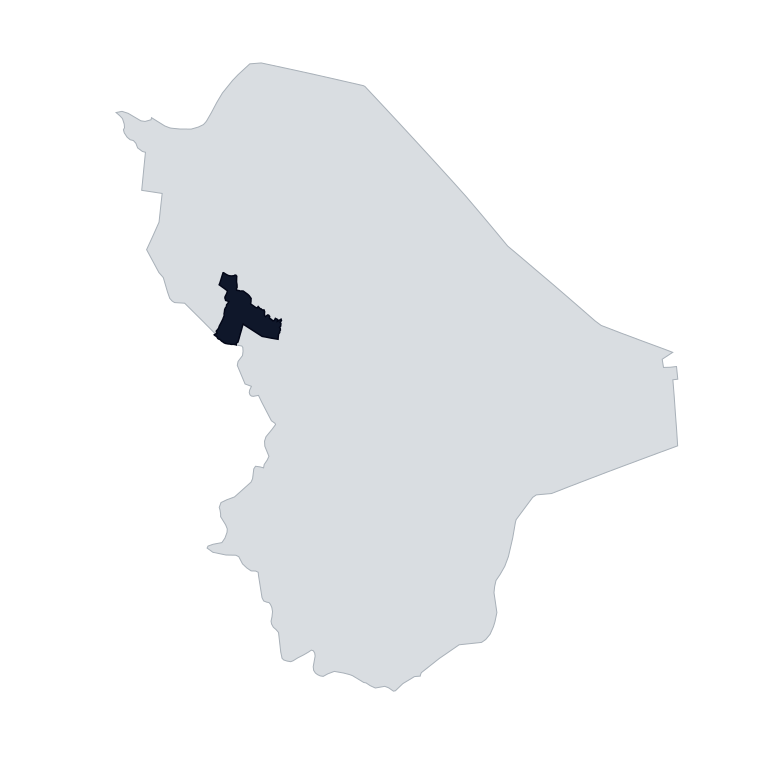 Al-Kut, Wasit, Iraq (highlighted), rotated 187°
{"feature_id": "34846034B69182583813986", "entity_name": "Al-Kut", "entity_type": "district", "adm_level": 2, "iso_a3": "IRQ", "parent_name": "Iraq", "parent_adm1": "Wasit", "projection": "orthographic", "projection_center": [46.232, 32.471], "detail": "fine", "context": "in_parent", "style": "filled", "palette": "ink", "viewbox_px": 768, "rotation_deg": 187, "n_neighbors": 0, "source": "geoboundaries", "source_scale": "gbopen_adm2", "svg_char_len": 5993}
<svg xmlns="http://www.w3.org/2000/svg" viewBox="0 0 768 768"><g transform="rotate(187 384 384)"><path d="M312.4,98.5L318.1,97.3L328.8,88.9L335.3,80.9L337.2,80.3L342.6,83.1L346.4,84.0L355.6,81.2L360.9,82.9L365.3,85.1L367.8,85.3L379.8,90.7L382.8,91.4L389.0,92.2L398.3,92.7L404.4,89.5L408.7,86.4L411.7,86.5L414.5,87.4L416.9,88.8L418.9,91.2L419.8,94.7L419.2,105.6L420.0,108.5L421.6,110.6L423.7,111.0L426.3,108.7L430.8,105.3L436.3,101.6L440.5,98.2L442.8,97.0L446.5,97.2L450.0,97.9L452.0,99.6L452.0,100.1L453.8,105.3L458.4,124.5L461.1,127.0L464.2,129.1L466.3,132.0L467.2,134.8L466.8,139.3L466.9,144.5L468.1,148.5L469.9,151.5L471.5,153.0L474.0,153.2L477.0,154.0L479.0,157.0L485.3,178.9L485.9,181.8L488.6,182.7L493.1,182.3L497.6,184.6L502.5,188.2L507.1,194.9L510.2,196.0L520.0,195.0L533.3,196.1L539.6,199.6L538.9,201.7L534.1,204.1L525.6,206.8L523.1,211.6L521.7,217.7L521.9,221.1L524.0,224.9L530.0,232.4L530.3,235.1L531.4,238.9L532.5,241.5L531.3,246.5L525.8,250.0L518.6,253.7L504.0,270.4L502.9,274.0L502.9,283.9L501.5,286.7L496.9,286.6L493.3,286.1L493.1,289.5L490.7,294.2L489.4,298.2L494.7,307.7L495.6,312.7L494.7,317.3L489.7,325.2L486.7,330.5L487.4,331.7L491.3,333.8L503.3,351.3L507.2,357.4L512.3,355.8L514.2,355.9L515.7,356.9L516.7,359.0L516.6,361.6L515.3,365.5L521.9,367.1L524.2,371.1L531.9,384.6L531.6,388.6L527.9,395.0L527.9,399.3L528.6,403.1L529.8,404.4L541.2,405.0L546.0,406.5L557.8,413.4L571.2,424.0L582.3,432.6L591.7,439.9L601.8,439.3L604.5,440.6L607.1,442.9L610.1,449.0L616.0,462.7L621.0,467.2L628.7,478.1L636.0,488.4L631.5,502.5L627.0,517.2L627.3,536.0L627.4,546.1L637.2,546.4L648.1,546.7L648.4,558.8L648.7,571.0L649.0,584.9L652.2,585.4L657.3,588.3L659.6,592.7L662.4,595.1L665.7,595.5L669.0,597.6L672.4,601.6L673.6,604.6L672.8,606.7L673.5,610.3L675.9,615.5L678.7,617.9L683.0,620.8L677.3,622.7L671.0,621.5L657.4,615.6L653.1,615.5L647.4,617.9L647.2,620.0L633.0,613.4L627.8,612.1L626.0,612.0L617.9,612.2L606.4,613.5L599.6,616.4L594.9,619.4L592.8,622.3L592.0,623.8L588.4,632.3L584.2,643.3L579.8,653.2L571.2,667.0L566.4,673.4L556.2,685.4L545.0,687.7L519.2,685.4L490.5,682.7L462.0,679.8L440.8,677.6L439.2,677.0L418.5,659.7L402.2,646.0L381.9,628.8L361.4,611.3L340.6,593.4L325.6,580.3L307.4,563.5L291.0,548.2L278.1,536.0L261.5,525.2L248.5,516.6L229.6,504.2L214.6,494.2L201.8,485.6L182.1,472.3L175.6,468.6L154.8,463.4L135.2,458.7L114.8,453.9L101.3,450.6L110.9,442.5L108.6,434.5L102.0,435.5L95.8,437.0L93.0,424.6L97.8,423.4L94.5,407.3L91.3,390.8L88.1,374.8L85.0,358.4L102.7,349.3L116.0,342.4L134.5,332.8L152.3,323.5L169.3,314.5L187.9,304.6L204.4,295.7L219.3,292.5L222.6,289.6L230.0,276.6L236.3,265.5L236.7,262.9L237.5,246.7L239.5,227.8L241.9,217.8L245.6,209.0L248.9,202.6L249.5,196.5L249.4,190.3L246.8,180.8L244.1,170.9L244.9,161.5L245.8,156.5L248.2,148.6L251.9,142.8L255.7,139.4L269.5,136.2L277.7,134.3L288.9,124.3L295.6,118.4L304.9,109.0L311.8,102.0L312.4,99.5L312.4,98.5Z" fill="#d9dde1" stroke="#a8b0b8" stroke-width="1"/><path d="M557.3,474.8L557.3,474.5L557.5,473.6L557.9,471.5L558.6,467.5L559.2,464.3L559.7,462.4L559.1,462.1L558.0,461.5L556.4,460.6L554.0,459.3L552.0,458.1L550.8,457.6L550.8,457.2L550.9,456.1L551.1,454.9L551.2,454.5L551.5,453.7L551.9,452.6L552.4,451.2L552.4,450.0L552.1,449.3L551.6,448.4L551.4,447.7L550.9,447.5L550.4,447.5L549.9,447.4L549.2,447.2L548.0,447.0L548.2,446.6L548.4,446.1L548.8,445.2L548.9,444.9L549.3,444.3L549.6,443.9L549.9,443.4L549.9,443.0L549.9,442.6L549.9,441.8L549.9,441.7L550.0,441.3L550.3,440.8L550.6,440.5L550.8,439.7L551.0,439.2L551.2,438.7L551.2,437.7L551.2,436.8L551.2,435.8L551.3,434.1L551.2,433.8L551.1,433.3L551.0,432.9L551.0,432.1L551.6,430.0L551.8,428.9L552.6,426.6L553.1,425.2L553.8,423.3L554.3,422.1L554.6,421.1L554.8,419.9L554.9,419.4L555.1,419.0L555.6,418.1L556.4,416.8L556.8,416.4L556.8,415.9L556.8,415.3L556.7,415.2L556.4,415.0L556.1,414.8L556.0,414.6L555.8,414.4L555.9,414.1L556.0,414.0L556.2,413.8L556.5,413.6L557.0,413.3L557.6,412.8L557.7,412.7L558.1,412.5L558.5,412.1L558.0,411.8L557.6,411.5L557.2,411.3L556.7,411.1L555.9,410.6L555.5,410.3L555.0,409.6L554.7,409.1L554.0,408.6L553.1,408.3L552.5,408.2L552.2,408.2L551.8,407.9L551.5,407.7L550.9,407.1L550.3,406.7L549.0,406.1L547.8,405.4L546.8,405.1L545.9,404.9L545.1,404.9L544.1,404.8L543.1,404.8L542.4,404.9L541.3,404.8L540.5,404.7L539.3,404.9L538.7,404.9L537.9,405.1L536.9,405.0L536.0,405.0L535.4,404.8L535.4,405.0L535.5,405.4L535.5,405.8L535.5,406.2L535.5,406.5L535.4,406.7L535.0,407.0L534.9,407.2L534.4,407.5L534.1,407.8L534.0,408.0L534.0,408.3L534.0,408.6L533.9,409.0L533.8,409.3L533.8,409.6L533.6,410.5L533.5,411.1L533.4,411.7L533.3,412.3L533.3,412.9L533.2,413.4L533.0,414.4L533.0,414.9L532.9,415.4L532.8,416.0L532.7,416.7L532.6,417.3L532.5,417.7L532.4,418.6L532.2,419.5L532.1,420.4L531.9,421.5L531.8,422.4L531.7,423.0L531.6,424.0L531.4,424.6L531.4,425.0L531.3,425.4L531.3,425.7L531.3,425.9L531.2,426.2L531.1,426.4L530.9,426.3L530.5,426.0L530.0,425.7L529.6,425.5L513.5,417.7L510.8,416.4L507.0,416.2L501.7,415.8L494.6,415.5L494.7,417.2L494.7,420.9L493.8,422.3L494.0,423.7L493.4,424.8L493.7,426.4L494.5,427.4L493.6,428.8L493.7,431.5L493.8,431.6L494.6,432.6L494.0,433.5L493.5,434.6L494.1,435.8L495.4,434.7L497.5,433.2L497.4,435.0L499.8,435.9L500.3,434.5L500.8,433.6L502.0,433.2L503.4,434.2L504.6,434.9L504.9,434.9L505.7,435.4L505.7,437.1L506.9,438.3L508.0,438.3L509.8,436.4L510.9,437.4L511.0,437.8L511.1,438.7L511.3,439.7L511.2,441.0L512.1,442.9L512.4,442.9L513.2,442.5L514.5,443.1L515.0,443.3L515.1,443.6L515.5,443.6L515.9,443.5L518.3,445.5L518.4,445.3L519.3,444.1L520.5,444.2L525.5,446.9L526.2,447.5L526.1,449.6L526.3,451.7L526.3,452.7L528.6,455.2L530.2,456.4L533.1,458.0L535.0,459.1L536.7,459.0L537.5,458.6L538.8,459.0L541.7,459.1L542.1,460.8L541.6,461.9L542.0,464.6L542.8,467.3L543.2,471.3L543.3,473.0L543.6,473.1L543.9,473.5L544.0,473.8L544.6,473.9L545.1,474.0L545.3,473.8L545.8,473.4L546.5,473.1L548.2,472.7L549.2,472.6L550.3,472.6L551.6,472.7L553.3,473.3L553.8,473.5L555.0,474.0L556.7,474.9L557.0,474.9L557.3,474.8Z" fill="#0f172a" stroke="#020617" stroke-width="1.5"/></g></svg>